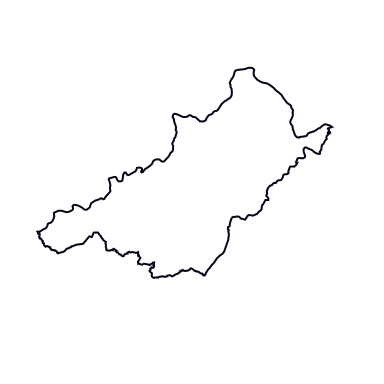 Bawku West, Upper East, Ghana, rotated 236°
{"feature_id": "2480657B35637781657714", "entity_name": "Bawku West", "entity_type": "district", "adm_level": 2, "iso_a3": "GHA", "parent_name": "Ghana", "parent_adm1": "Upper East", "projection": "albers", "projection_center": [-0.469, 10.843], "detail": "fine", "context": "isolated", "style": "outline", "palette": "ink", "viewbox_px": 384, "rotation_deg": 236, "n_neighbors": 0, "source": "geoboundaries", "source_scale": "gbopen_adm2", "svg_char_len": 6039}
<svg xmlns="http://www.w3.org/2000/svg" viewBox="0 0 384 384"><g transform="rotate(236 192 192)"><path d="M257.4,215.9L254.0,214.7L252.9,213.3L250.8,212.9L249.4,212.2L248.7,211.0L246.7,208.7L246.4,207.4L244.8,205.6L243.6,203.2L243.0,202.6L240.3,201.9L237.0,199.2L236.6,198.3L236.5,196.4L234.4,192.2L233.0,185.9L233.5,184.8L234.3,183.9L237.2,183.2L239.0,180.6L239.5,179.0L239.2,177.0L237.8,174.8L237.4,173.5L237.1,169.8L237.2,165.5L236.1,162.8L236.1,161.9L236.5,161.1L237.1,161.1L237.7,161.5L238.4,163.0L239.5,163.6L241.0,162.9L241.8,161.9L242.8,159.8L241.5,158.3L240.8,156.5L241.4,149.2L241.7,148.4L242.4,148.0L243.2,147.8L244.9,148.1L245.8,147.2L245.8,146.4L244.9,144.8L240.5,140.8L240.5,139.3L241.3,137.7L242.5,136.9L243.9,136.8L246.5,137.3L247.5,136.8L248.1,135.6L249.6,130.7L249.0,130.0L245.6,129.1L243.2,128.1L241.4,126.3L238.2,124.7L237.8,123.7L236.6,118.5L235.3,115.2L235.6,114.3L237.3,113.5L237.8,112.6L237.9,110.6L239.0,107.0L239.1,102.4L238.4,101.1L236.4,98.6L236.2,96.2L236.3,94.7L236.9,93.7L238.2,92.7L240.1,92.3L243.9,90.4L246.3,88.4L247.3,86.9L247.3,85.5L246.9,84.9L245.1,84.4L244.2,83.5L243.9,81.8L244.6,78.4L245.6,76.5L249.3,73.5L251.1,70.9L251.9,66.3L251.7,65.6L248.9,64.3L247.3,62.4L246.2,60.6L245.6,58.7L245.6,57.1L246.1,56.3L246.2,54.7L244.4,52.5L243.7,50.4L244.2,48.4L244.2,44.1L245.5,41.7L243.8,41.6L243.5,41.2L243.1,41.8L243.2,42.3L242.8,42.1L242.5,42.3L241.0,41.3L240.6,40.2L240.1,40.3L238.9,39.7L238.3,39.9L238.2,40.5L237.3,40.8L236.0,40.5L234.7,40.9L234.1,40.1L233.7,40.3L233.0,39.9L232.1,40.5L231.2,39.8L230.3,39.6L228.9,40.2L228.5,40.1L228.1,41.8L226.6,42.8L226.4,42.6L225.8,42.9L225.4,43.5L224.7,43.0L223.5,42.8L223.2,43.5L222.0,43.6L221.9,44.0L220.8,45.0L220.8,45.4L219.9,45.6L219.8,46.1L217.6,46.7L217.2,46.3L216.2,46.4L214.3,52.1L214.3,53.7L215.0,56.2L215.0,56.9L214.3,58.0L214.5,59.0L213.9,60.7L214.4,61.5L213.8,62.7L213.1,66.3L210.0,72.8L212.6,82.0L211.8,83.0L211.0,83.2L210.7,83.9L213.3,87.8L211.0,91.4L207.8,91.4L206.3,91.8L205.0,91.3L203.6,91.7L201.4,91.6L198.8,92.7L197.7,91.4L196.5,91.3L194.9,89.9L193.0,89.4L192.2,88.6L191.1,88.8L189.3,91.2L188.9,93.1L187.9,93.8L188.9,95.0L188.7,95.4L185.8,96.6L185.7,95.7L184.4,95.8L183.3,96.8L181.1,96.8L179.9,97.9L178.0,98.2L177.4,98.7L177.1,99.5L178.0,101.2L177.6,102.4L177.6,103.6L177.0,104.2L177.8,104.8L177.6,106.5L176.2,107.1L175.9,108.6L172.6,111.8L172.4,113.6L171.5,113.4L169.6,111.9L169.5,112.5L167.3,112.1L166.2,112.3L164.7,109.0L164.6,108.3L164.1,107.9L163.0,107.7L162.7,107.4L162.5,108.1L161.2,108.6L159.5,110.2L159.5,111.9L159.1,112.4L156.5,115.0L155.1,116.0L155.3,117.1L154.9,119.0L155.3,120.2L154.8,121.1L153.9,119.9L153.5,120.2L153.2,120.1L152.7,119.0L152.2,119.2L151.4,118.9L150.9,117.3L152.1,116.4L151.7,116.1L151.7,114.5L150.7,114.1L150.7,113.2L150.4,112.7L149.9,112.5L147.3,113.3L146.4,113.0L145.2,111.8L143.7,111.5L142.1,112.3L142.1,113.2L141.1,114.4L140.6,115.7L139.9,116.1L140.0,117.3L139.8,118.2L138.9,119.3L138.5,120.7L137.0,121.8L136.3,123.3L136.0,124.2L136.5,124.7L135.3,127.4L133.6,127.9L133.0,128.7L132.8,132.5L132.1,135.6L132.6,136.2L132.3,137.5L133.2,138.3L132.2,139.6L132.8,140.5L132.7,140.7L131.5,141.1L130.1,142.4L129.6,144.0L129.1,144.7L128.9,146.3L129.4,147.6L129.2,148.6L127.7,149.4L124.5,150.3L124.2,151.4L122.8,151.9L122.3,152.8L119.7,153.6L118.5,155.0L117.8,155.0L117.2,154.6L116.8,154.7L116.4,154.9L116.2,155.7L115.8,155.8L115.9,156.8L116.7,157.7L118.5,161.3L118.6,162.3L120.6,168.2L120.8,170.1L122.9,175.1L123.7,178.9L123.8,183.2L124.8,185.6L132.3,195.6L132.9,195.9L136.3,199.0L139.0,200.0L139.9,201.3L140.7,200.9L141.2,201.0L142.6,202.1L142.8,202.5L142.5,202.9L142.5,203.8L146.0,207.2L146.9,208.7L147.4,209.0L148.4,211.2L148.4,212.2L147.4,213.2L147.0,214.8L146.2,216.1L145.1,217.2L142.1,218.0L141.1,219.3L139.4,220.5L139.6,221.4L140.6,223.3L140.6,224.1L141.2,224.8L141.2,225.7L141.1,226.5L138.8,228.8L138.1,230.0L137.5,234.0L138.3,236.7L138.3,238.5L138.7,239.9L141.4,242.2L142.0,243.3L142.0,244.0L144.3,248.4L142.7,250.8L144.1,251.8L147.3,251.5L147.7,251.7L148.1,252.6L149.1,253.7L150.2,254.0L151.5,255.1L151.7,255.9L152.7,257.0L153.6,260.2L153.0,262.2L153.5,263.4L153.6,265.2L152.6,266.4L153.5,268.8L153.5,269.8L152.1,272.5L153.2,275.3L154.5,276.4L155.0,277.5L155.0,278.6L153.8,280.4L153.6,282.4L154.0,282.9L154.6,282.9L155.6,283.8L158.0,287.1L157.9,288.1L155.8,291.2L156.4,294.0L157.3,295.6L157.8,294.8L158.5,294.8L160.8,298.3L160.5,299.5L157.9,302.7L157.6,304.7L158.5,305.9L162.9,307.1L164.5,308.0L165.1,308.6L165.7,310.2L165.1,311.7L163.0,312.7L160.8,314.2L159.2,315.1L157.2,315.5L154.6,316.7L152.6,318.4L152.2,319.5L152.6,319.9L153.9,320.4L154.7,322.7L158.1,325.7L158.4,326.5L158.4,328.0L160.0,330.7L160.7,333.4L162.0,333.8L163.1,335.0L163.5,337.1L165.1,337.5L165.4,338.4L165.2,338.7L163.6,339.1L163.7,339.6L164.6,339.9L165.8,339.1L167.0,340.3L168.4,339.9L168.7,340.1L167.6,344.4L169.9,343.5L172.7,341.3L173.9,339.9L174.0,336.6L173.5,334.0L173.9,332.9L174.0,327.0L174.5,325.9L175.7,321.3L174.5,318.5L174.9,317.0L177.4,312.0L177.2,311.3L177.5,311.2L178.4,309.8L180.2,309.3L181.9,309.3L188.0,310.8L190.1,312.0L191.3,312.2L193.0,311.9L195.1,312.6L195.9,313.3L197.9,316.9L198.9,318.2L201.2,319.8L201.9,319.9L202.5,320.8L203.5,321.5L206.5,321.5L208.1,322.4L212.7,320.7L217.8,320.3L222.3,320.5L225.6,319.7L228.9,318.5L233.1,317.8L237.2,316.4L240.2,314.8L242.5,312.4L244.5,310.8L248.2,309.0L252.5,308.3L254.1,308.5L256.4,309.7L258.7,312.0L261.1,311.3L262.8,309.2L263.4,308.3L264.2,305.0L264.9,303.4L268.0,297.5L268.2,295.4L267.6,294.4L265.2,291.7L263.6,288.6L263.1,287.0L261.5,284.5L260.8,284.0L259.2,283.8L257.6,282.7L255.7,282.6L253.0,281.2L250.3,279.3L249.3,277.8L248.7,275.9L248.9,272.9L248.6,271.6L249.0,270.2L248.4,265.7L246.4,261.3L245.4,258.3L246.4,255.5L246.3,254.4L245.5,252.8L245.8,250.3L246.3,249.0L245.3,245.7L244.0,243.9L243.8,242.9L244.0,241.2L246.0,238.2L252.0,236.7L253.7,234.8L255.5,234.2L256.6,233.3L257.2,232.7L257.2,229.6L259.2,226.5L264.8,223.0L265.8,222.2L266.7,221.1L266.8,220.2L266.5,219.5L264.9,217.8L262.3,217.7L260.0,216.4L257.4,215.9Z" fill="none" stroke="#020617" stroke-width="2"/></g></svg>